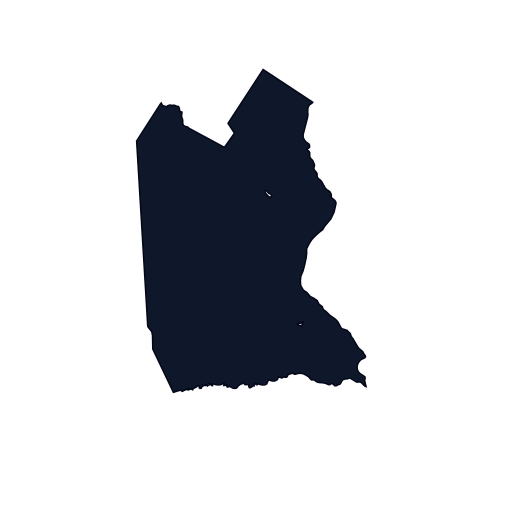 SVG path tracing the border of Central, rotated 34°
{"feature_id": "BWA-2630", "entity_name": "Central", "entity_type": "District", "adm_level": 1, "iso_a3": "BWA", "parent_name": "Botswana", "parent_adm1": "", "projection": "albers", "projection_center": [27.183, -21.474], "detail": "fine", "context": "isolated", "style": "filled", "palette": "ink", "viewbox_px": 512, "rotation_deg": 34, "n_neighbors": 0, "source": "natural_earth", "source_scale": "10m", "svg_char_len": 5315}
<svg xmlns="http://www.w3.org/2000/svg" viewBox="0 0 512 512"><g transform="rotate(34 256 256)"><path d="M217.1,96.8L216.9,98.2L215.9,100.6L215.8,101.9L216.0,103.4L216.5,104.6L218.0,107.2L219.9,109.6L221.3,112.4L227.2,129.0L228.8,131.3L231.2,132.7L233.9,133.5L237.1,133.5L237.8,133.8L238.4,134.2L238.8,134.8L239.5,135.6L239.6,136.1L239.2,137.4L238.7,138.2L238.3,138.5L239.1,139.1L239.6,139.3L241.4,139.6L242.8,140.3L244.5,142.9L245.6,144.0L246.7,144.5L249.1,145.0L250.3,145.5L252.7,147.1L253.8,148.1L254.3,149.3L254.7,150.8L255.6,151.6L256.7,152.2L259.4,152.9L260.3,153.4L260.5,153.6L261.0,154.1L261.8,155.3L262.8,156.3L263.8,156.8L265.0,157.0L266.4,157.0L268.7,157.5L275.5,161.0L277.7,161.4L279.7,161.3L281.7,161.5L283.7,162.7L284.3,163.3L285.3,164.8L286.0,165.3L286.7,165.6L287.3,165.6L287.9,165.6L288.7,165.6L289.9,165.8L291.2,166.2L292.3,166.9L293.1,168.0L296.2,176.0L297.3,183.5L296.3,192.8L296.5,197.1L295.2,200.8L293.9,206.2L293.1,210.8L293.1,215.3L293.9,221.7L296.5,225.4L298.6,229.5L301.2,235.9L303.3,241.8L304.5,247.7L306.7,251.8L309.6,255.5L314.3,257.8L318.5,257.8L323.6,259.2L327.4,258.7L331.6,258.7L335.0,260.6L339.5,261.0L340.2,261.8L341.1,262.3L342.0,262.7L345.5,262.9L350.0,263.8L357.1,264.0L359.3,264.4L361.7,265.3L366.5,267.9L367.8,268.2L368.8,268.0L369.8,267.6L371.9,267.1L372.5,266.8L373.2,266.7L375.1,267.2L376.9,267.4L377.7,267.7L380.0,269.5L382.7,270.4L391.5,274.6L393.3,275.1L396.9,275.4L398.6,275.8L399.7,276.6L402.1,277.4L403.1,278.2L403.2,279.4L402.4,280.9L401.4,282.4L400.8,283.8L400.5,286.5L400.9,289.3L402.0,291.7L403.8,293.7L406.0,294.9L408.2,295.3L413.8,295.2L414.1,295.4L414.7,296.2L415.0,296.7L415.5,298.0L415.8,298.6L420.3,302.7L419.2,303.0L417.5,302.8L414.3,302.1L412.7,302.3L411.6,303.0L410.6,303.9L409.5,304.3L402.3,304.6L401.8,304.8L400.5,306.5L400.5,306.8L399.6,307.3L398.4,308.5L397.0,310.3L397.4,314.8L397.1,315.6L396.5,316.1L395.1,318.7L394.1,319.5L391.5,319.2L390.1,319.2L389.6,320.1L389.2,321.3L388.3,322.0L387.1,322.3L385.8,322.5L383.2,323.3L378.9,325.7L376.8,326.4L375.2,326.4L374.1,326.2L373.0,326.4L371.7,327.5L370.8,327.7L367.0,326.7L362.1,327.0L359.9,327.6L357.7,328.9L356.8,329.6L354.6,332.2L354.0,332.5L352.6,332.7L351.9,332.8L351.4,333.2L349.5,335.6L349.2,336.2L349.0,337.0L349.2,337.8L349.3,338.3L349.3,338.8L348.9,339.6L348.3,340.1L347.7,340.4L347.1,340.5L346.6,340.8L346.4,341.1L346.0,342.1L345.8,342.5L344.9,342.9L343.5,343.3L342.4,343.8L342.3,344.5L342.8,345.9L342.6,347.3L341.8,348.6L340.9,349.6L340.1,350.1L339.0,350.7L337.7,351.1L336.6,351.3L335.9,351.9L335.9,353.4L336.4,356.1L335.4,357.9L333.4,359.4L330.9,360.4L328.6,361.0L329.0,362.1L328.1,362.5L326.8,362.4L326.2,362.3L326.0,362.8L326.2,363.3L326.5,363.7L326.6,364.0L326.9,364.5L327.1,364.8L326.8,364.9L326.7,365.0L326.2,365.3L325.3,367.8L324.9,368.4L324.1,368.9L323.3,368.5L321.7,366.7L319.3,368.6L318.6,368.8L317.8,368.6L317.0,368.2L316.3,368.1L315.8,369.9L314.7,371.2L314.4,372.2L314.4,372.5L314.2,372.9L314.0,373.2L313.8,373.3L313.7,373.4L313.7,373.9L313.9,374.4L314.0,374.8L313.7,376.3L312.8,377.4L311.6,378.2L310.3,378.6L307.9,378.7L307.1,379.0L306.5,379.6L306.0,380.3L305.5,380.7L304.6,380.3L305.1,379.4L304.6,379.2L303.7,379.5L303.0,379.9L302.8,380.3L302.3,381.0L301.7,381.4L301.0,379.4L300.2,380.1L298.8,382.3L297.8,383.2L296.8,384.0L294.5,385.2L292.3,385.8L291.7,386.6L292.5,387.8L291.9,388.1L291.4,388.1L290.9,387.9L290.5,387.4L290.3,387.7L289.9,388.3L289.6,388.7L289.2,388.1L288.5,387.9L287.9,388.0L287.6,388.5L287.9,389.3L288.4,389.7L288.7,390.1L288.4,390.9L287.7,390.4L287.0,390.5L286.5,391.0L286.0,391.7L286.4,391.7L285.3,392.5L285.0,392.9L284.8,393.5L284.4,393.3L284.0,393.1L284.1,394.4L284.5,395.5L284.5,396.4L283.6,397.1L282.6,397.0L282.1,396.3L281.8,395.5L281.2,395.3L280.6,395.7L279.6,398.4L278.4,400.4L278.1,401.6L278.3,402.3L277.9,402.3L276.8,402.5L276.1,403.1L274.7,405.0L274.5,404.7L274.0,404.0L273.9,403.7L273.4,404.9L272.8,405.9L271.5,407.7L271.2,408.1L270.9,409.1L270.7,409.4L270.2,409.5L269.1,409.3L268.7,409.4L267.2,410.9L264.5,414.3L264.4,414.4L264.2,414.8L264.0,415.0L263.7,415.2L222.5,390.9L214.5,379.6L211.8,377.0L206.5,375.3L205.8,375.0L205.3,374.5L187.8,351.6L92.7,227.4L91.7,183.4L91.9,182.1L93.5,183.1L94.3,183.3L95.0,183.3L98.7,182.2L98.8,181.8L98.7,181.5L98.6,181.1L98.7,180.9L100.0,179.2L100.5,178.8L101.0,178.5L101.8,178.3L102.4,178.0L103.4,177.0L104.1,176.6L106.4,176.2L107.2,175.9L107.7,175.5L108.3,175.5L109.2,175.9L109.9,176.5L111.5,178.2L112.7,178.7L113.5,178.2L114.2,178.1L115.9,181.4L116.8,182.4L119.2,184.2L120.9,186.7L121.9,187.8L123.3,188.3L124.5,188.2L126.7,187.4L127.9,187.4L128.8,187.5L129.5,187.5L168.1,183.7L168.8,183.5L169.0,182.9L169.1,182.1L169.4,167.1L169.3,166.4L168.9,166.0L158.9,161.8L158.8,161.7L158.6,161.5L157.6,97.4L158.2,97.4L217.1,96.8L217.1,96.8ZM231.6,197.0L228.5,196.3L227.4,196.2L227.1,197.7L228.7,198.5L231.9,199.4L235.1,199.6L235.3,197.1L233.9,196.6L232.5,196.8L231.6,197.0ZM330.6,289.6L331.1,289.4L331.6,289.1L332.4,288.8L332.6,288.2L332.7,287.6L332.9,287.3L332.8,287.1L332.3,286.7L332.3,286.1L332.4,285.6L332.2,285.0L331.9,284.7L331.3,284.9L331.0,285.5L331.0,285.9L330.5,286.5L330.5,287.1L329.9,287.4L329.5,287.4L329.1,287.3L328.5,287.6L328.5,287.9L328.6,288.1L328.7,288.4L328.5,288.8L328.5,289.3L328.6,289.6L329.2,289.5L329.7,289.1L330.2,289.2L330.6,289.6Z" fill="#0f172a" stroke="#020617" stroke-width="1.5"/></g></svg>